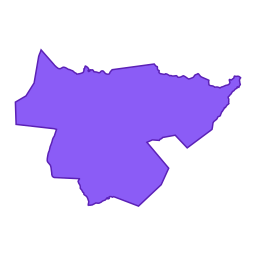 the district of San Lucas, El Paraíso, Honduras
{"feature_id": "27666195B72821364591060", "entity_name": "San Lucas", "entity_type": "district", "adm_level": 2, "iso_a3": "HND", "parent_name": "Honduras", "parent_adm1": "El Paraíso", "projection": "natural_earth1", "projection_center": [-86.925, 13.744], "detail": "fine", "context": "isolated", "style": "filled", "palette": "violet", "viewbox_px": 256, "rotation_deg": 0, "n_neighbors": 0, "source": "geoboundaries", "source_scale": "gbopen_adm2", "svg_char_len": 5414}
<svg xmlns="http://www.w3.org/2000/svg" viewBox="0 0 256 256"><path d="M41.1,49.9L40.1,52.8L39.7,53.5L39.4,54.4L38.7,56.3L34.1,83.0L26.0,95.9L15.4,102.1L16.1,124.4L54.2,128.7L56.5,129.4L54.2,136.4L53.6,137.1L53.3,137.7L52.6,139.3L52.0,141.7L51.4,143.5L50.8,145.1L50.2,146.6L49.3,150.5L49.2,150.9L48.7,151.9L48.2,153.4L47.7,155.9L47.3,158.4L47.2,160.3L47.3,161.1L47.5,161.5L47.7,162.0L48.1,162.5L50.1,164.9L50.4,165.4L50.6,166.0L51.0,167.5L51.4,170.7L51.7,172.8L51.8,174.7L52.1,175.4L52.4,176.3L52.8,176.7L53.5,177.2L54.2,177.5L79.4,178.7L79.5,179.0L79.4,179.2L79.0,179.6L78.4,180.6L78.2,181.1L78.1,181.5L78.8,183.3L79.8,184.9L80.0,185.4L80.2,186.0L80.3,186.8L80.3,187.3L80.2,188.0L80.3,188.4L80.5,188.7L81.2,189.4L81.7,190.0L82.2,190.9L82.6,191.8L83.0,192.3L83.4,192.5L83.7,192.8L83.8,193.2L83.9,194.2L84.0,194.5L84.5,194.9L85.6,195.7L86.3,196.2L86.9,196.9L87.4,197.8L87.8,198.8L88.2,200.0L88.6,201.0L88.7,201.5L88.7,201.9L88.6,202.7L88.5,203.4L88.3,203.9L88.2,205.0L88.3,205.2L88.6,205.0L88.8,205.0L89.5,205.2L90.0,205.2L92.3,204.9L92.6,204.6L93.3,204.4L95.8,203.0L97.9,203.2L98.6,203.2L99.2,203.1L101.3,202.1L102.2,201.3L102.8,200.9L103.0,200.9L104.4,200.3L105.1,200.1L105.4,199.9L106.0,199.2L106.7,198.3L107.2,197.8L107.5,197.8L107.7,198.1L107.7,198.3L107.5,198.5L107.5,198.8L108.1,198.9L108.6,198.7L109.0,198.6L109.2,198.4L109.3,198.1L109.2,197.8L109.1,197.4L109.1,197.0L109.3,196.8L109.5,196.7L110.1,196.5L110.5,196.7L111.1,196.6L111.7,196.7L111.8,196.8L112.1,197.1L112.4,197.2L112.7,197.1L113.6,196.6L113.9,196.7L138.5,206.1L161.2,184.7L168.7,168.2L146.9,142.3L152.4,139.9L159.3,140.4L159.6,139.9L159.8,139.5L160.1,139.2L160.8,139.0L161.8,138.4L162.3,137.9L162.5,137.5L175.2,135.2L187.2,147.9L212.0,129.4L212.4,127.4L213.0,123.0L213.3,122.3L214.0,121.4L216.6,119.3L217.1,118.6L217.6,117.5L218.1,116.7L218.4,116.6L219.8,116.1L220.2,115.7L220.4,115.5L220.5,114.9L220.8,114.2L221.2,113.2L221.5,112.4L221.7,112.0L222.3,111.4L222.8,110.6L223.7,109.2L224.1,108.7L224.3,108.3L224.3,107.9L224.4,107.7L224.5,107.6L225.0,107.6L225.4,107.6L225.5,107.5L225.5,107.2L226.0,106.6L227.0,105.2L227.5,104.7L227.9,104.5L228.4,104.1L228.6,103.9L228.9,103.5L228.9,103.3L228.7,103.0L228.6,102.2L228.6,101.9L228.8,101.3L228.7,100.5L228.8,99.7L228.8,99.4L228.7,98.8L228.3,98.1L228.2,97.6L228.1,97.1L228.2,96.9L228.6,96.5L229.4,95.8L229.8,95.3L230.2,94.6L230.9,94.1L231.3,93.6L231.4,93.4L231.4,93.1L231.8,92.7L232.1,92.1L232.6,91.6L232.8,91.3L233.3,91.1L233.8,90.8L235.1,89.3L235.4,89.0L236.9,88.3L237.1,87.9L237.1,87.7L237.0,87.4L237.1,87.2L237.4,86.9L237.8,87.0L238.8,87.4L239.0,87.1L239.1,86.5L239.3,86.1L240.1,84.9L240.3,84.5L240.2,84.3L240.2,84.0L239.8,83.0L239.8,82.1L239.5,80.9L239.5,80.3L239.6,79.7L239.8,79.0L240.2,78.2L240.6,77.9L240.6,77.7L239.2,76.6L238.4,76.3L237.8,76.2L236.1,76.4L235.4,76.3L234.9,76.1L234.6,76.1L234.4,76.2L234.2,76.5L234.0,77.4L233.7,78.2L232.5,79.0L231.6,79.8L231.3,79.9L230.8,79.9L230.6,79.8L230.2,79.6L229.8,79.5L229.5,79.5L229.4,79.6L229.3,79.9L229.3,80.3L229.8,82.1L229.9,82.5L229.8,82.9L229.6,83.4L229.2,84.0L228.8,84.4L228.1,84.8L227.6,85.0L225.7,85.4L223.5,86.4L222.4,86.8L221.5,87.0L220.0,87.9L219.9,87.9L219.5,87.7L218.9,87.4L218.0,87.2L217.3,87.0L216.8,87.0L215.4,87.1L214.7,87.2L214.3,86.8L214.0,86.6L212.9,86.0L211.8,85.8L210.4,85.6L209.3,85.1L209.1,84.8L208.9,84.6L208.8,82.9L208.6,82.2L208.6,81.8L208.9,80.6L208.9,80.4L208.8,80.2L208.1,79.9L201.9,77.2L201.2,76.8L200.9,76.7L199.8,75.5L198.6,74.0L198.3,73.8L198.1,73.7L197.8,73.7L197.5,74.0L195.4,74.8L195.1,75.0L194.6,75.4L194.1,76.3L193.5,77.1L193.3,77.3L192.2,77.8L190.7,78.4L189.5,78.8L188.8,78.9L188.4,78.9L188.1,78.7L185.4,76.8L183.6,75.8L183.2,75.8L182.7,76.0L181.4,76.7L180.0,77.2L179.2,77.3L178.5,77.3L178.0,77.2L177.6,77.0L177.4,76.6L177.1,76.2L176.7,75.9L176.4,75.7L175.9,75.7L175.4,75.8L173.7,76.0L172.6,76.0L172.1,76.0L171.6,75.7L170.9,75.5L170.3,75.6L169.9,75.8L169.7,75.7L167.2,74.2L166.9,74.1L166.2,73.9L165.9,73.8L165.6,73.8L165.4,73.9L165.2,74.2L164.8,74.3L163.6,74.3L163.0,74.2L161.8,73.9L160.9,73.8L160.4,73.7L160.2,73.6L159.5,73.0L159.1,72.7L159.0,72.4L158.9,72.3L158.9,72.1L159.2,71.0L159.2,70.8L159.1,70.6L158.8,70.5L158.7,70.4L158.4,70.4L157.5,69.3L157.4,68.4L157.4,67.3L157.3,66.7L157.2,66.6L156.8,66.5L156.3,66.3L155.8,65.9L155.4,65.5L154.6,64.5L154.2,64.0L112.1,69.7L111.7,70.3L110.7,71.3L110.2,72.0L110.0,72.3L109.7,73.1L109.3,73.7L109.1,73.9L108.8,74.1L108.1,74.2L107.6,74.2L107.0,74.1L106.3,73.9L105.8,73.7L105.3,73.4L104.9,72.9L103.4,71.2L103.0,71.0L102.5,70.9L101.9,70.9L101.3,71.1L100.8,71.5L100.3,72.1L99.9,72.5L99.6,72.7L99.2,72.7L98.6,72.7L96.3,72.0L94.1,71.8L93.8,71.6L93.6,71.0L93.4,70.6L93.0,70.4L92.7,69.9L92.0,69.8L91.4,70.0L91.2,70.0L90.8,69.8L90.4,69.8L90.2,70.0L90.0,70.7L89.7,71.1L89.1,71.4L88.8,71.5L88.6,71.5L88.4,71.4L88.3,71.2L88.2,71.0L88.1,70.7L88.2,70.3L88.8,69.9L89.0,69.7L88.9,69.4L88.7,68.9L88.0,67.9L87.6,67.4L86.8,66.8L85.7,66.1L85.3,66.1L85.1,66.4L84.5,68.6L84.4,68.7L84.1,68.7L83.9,68.9L83.9,69.4L84.0,69.8L84.0,70.0L83.5,71.9L83.2,72.3L82.7,72.7L80.5,73.5L77.3,74.1L76.8,74.1L76.6,74.0L76.3,73.5L76.1,73.3L75.8,73.1L75.0,72.8L73.9,71.9L73.0,71.1L72.7,70.8L71.7,70.5L69.7,69.6L69.3,69.5L68.8,69.5L68.5,69.4L65.8,67.8L64.7,67.4L63.8,67.2L63.3,67.2L62.9,67.3L62.5,67.5L61.8,67.9L61.1,68.3L60.4,68.6L60.1,68.7L59.6,68.7L59.0,68.6L58.4,68.5L57.9,68.2L56.1,66.8L55.9,66.6L55.5,66.1L54.9,65.7L54.7,65.5L54.2,64.8L41.1,49.9Z" fill="#8b5cf6" stroke="#5b21b6" stroke-width="1.5"/></svg>